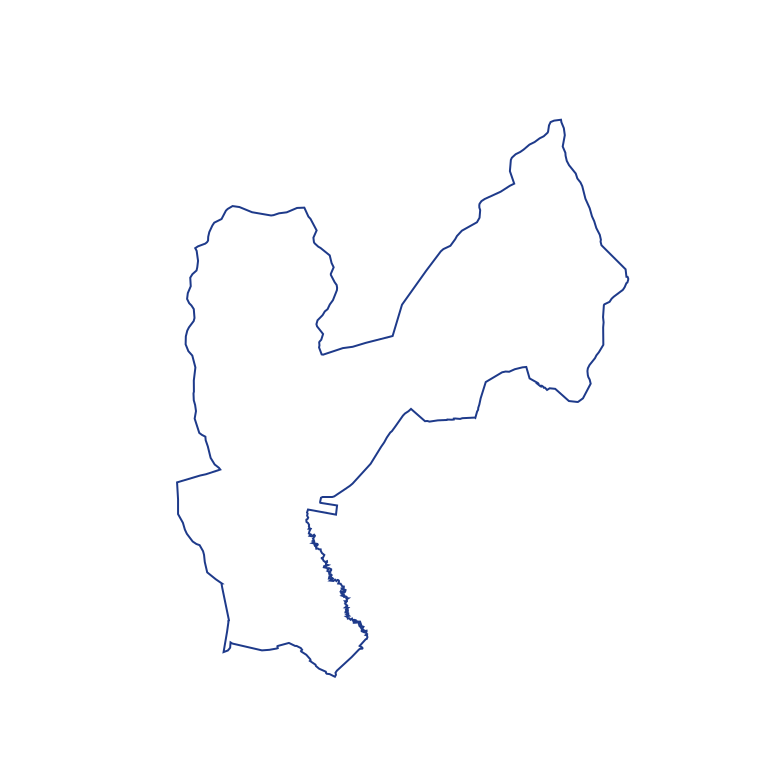 the district of Brestovat, Arad, Romania, rotated 13°
{"feature_id": "2599482B51374026190255", "entity_name": "Brestovat", "entity_type": "district", "adm_level": 2, "iso_a3": "ROU", "parent_name": "Romania", "parent_adm1": "Arad", "projection": "equal_earth", "projection_center": [21.692, 45.902], "detail": "fine", "context": "isolated", "style": "outline", "palette": "blue", "viewbox_px": 768, "rotation_deg": 13, "n_neighbors": 0, "source": "geoboundaries", "source_scale": "gbopen_adm2", "svg_char_len": 6159}
<svg xmlns="http://www.w3.org/2000/svg" viewBox="0 0 768 768"><g transform="rotate(13 384 384)"><path d="M374.1,670.5L380.4,672.9L381.1,674.1L384.8,676.0L392.0,677.4L392.7,678.8L393.4,679.2L396.3,678.9L402.0,680.3L402.6,678.2L401.7,676.2L402.6,673.9L413.9,657.4L419.3,648.4L420.1,647.5L422.4,646.7L422.5,646.2L421.9,645.6L419.2,644.7L423.6,636.8L424.5,636.3L424.8,634.4L424.0,632.8L422.7,632.7L423.7,631.4L422.3,630.5L422.7,629.1L422.5,628.3L420.5,629.1L421.0,630.2L420.8,630.4L417.9,629.9L417.8,629.5L419.4,628.7L419.4,628.2L417.6,628.0L416.9,627.2L418.1,626.8L418.6,625.2L416.8,624.9L415.6,625.9L414.7,625.5L414.2,624.7L415.3,624.4L415.8,623.6L414.1,620.9L413.2,621.1L413.3,622.9L412.9,622.9L412.3,621.5L411.3,621.3L410.6,622.8L409.2,623.2L410.0,621.7L409.6,620.5L409.1,620.5L408.9,621.5L407.8,622.4L407.6,622.0L408.1,620.9L407.8,620.6L406.6,621.2L405.6,619.8L404.4,621.2L402.9,620.1L401.5,620.7L401.0,619.5L399.5,619.0L401.9,617.8L399.5,616.9L401.0,616.3L400.7,615.3L397.8,614.9L397.9,614.1L399.4,614.0L399.9,613.4L399.7,612.6L398.9,612.9L397.8,612.3L399.3,610.2L396.5,610.5L398.0,608.6L398.0,608.1L396.1,607.4L396.0,606.7L395.4,606.3L396.1,605.2L394.9,604.4L396.7,603.8L396.2,602.1L397.3,600.9L395.6,601.2L395.7,600.1L395.2,599.7L393.0,600.5L392.7,600.2L393.1,600.1L393.2,599.1L392.7,598.7L391.6,599.8L390.6,599.7L391.3,599.1L391.6,597.9L389.6,597.8L389.1,596.6L388.4,596.2L388.6,595.5L389.6,595.9L392.4,595.8L392.8,595.2L392.9,593.4L391.8,593.2L391.3,593.9L388.8,593.2L388.7,592.8L390.0,592.7L390.6,591.5L390.4,590.4L388.9,590.6L386.7,588.4L384.3,588.7L384.6,586.9L384.3,585.8L383.6,585.4L382.8,585.4L381.9,586.7L380.4,585.7L379.0,587.3L375.7,587.7L378.0,585.1L377.4,584.7L374.1,585.9L374.1,583.5L375.7,583.2L376.0,582.0L375.1,581.4L373.4,581.4L373.1,580.6L373.7,579.7L372.0,579.2L374.0,578.3L374.4,577.2L374.2,576.4L371.8,575.8L371.4,577.1L370.8,577.5L370.6,576.5L369.9,576.1L366.6,576.1L366.7,574.9L368.5,574.4L370.3,573.0L368.0,573.0L367.8,571.6L368.6,570.3L368.3,569.5L366.7,570.7L364.8,569.8L363.8,568.4L362.6,568.0L362.5,567.5L363.6,567.0L364.3,564.0L361.6,562.7L360.0,560.9L359.5,559.4L357.8,559.7L356.3,559.1L355.1,559.7L354.3,557.9L355.6,555.5L355.1,554.8L354.4,554.8L353.7,556.6L353.0,557.1L352.5,556.4L353.5,555.4L353.3,555.0L350.1,555.1L351.7,553.9L351.5,553.4L349.9,553.0L350.8,552.0L349.6,550.7L350.2,549.5L350.0,548.4L350.7,548.1L350.8,547.4L349.8,546.6L348.1,548.6L345.7,548.7L346.6,547.1L344.4,546.6L344.5,543.9L345.1,541.7L343.2,542.0L343.6,540.6L342.8,539.6L342.7,538.1L341.3,536.6L339.5,535.8L339.0,534.3L338.9,533.6L339.8,532.8L340.2,531.3L338.7,529.6L338.7,527.4L337.9,526.6L338.2,523.4L366.6,522.1L365.6,512.9L348.7,514.1L348.3,513.5L348.2,509.0L349.6,507.9L358.9,505.8L360.8,504.7L373.6,491.0L375.8,488.1L388.9,464.8L395.3,445.9L397.3,440.9L398.8,435.5L401.0,429.9L402.3,428.2L404.9,422.1L409.6,410.5L411.1,408.0L414.0,405.0L415.9,402.2L432.3,411.0L434.5,410.3L436.8,410.4L444.7,407.3L453.4,404.9L453.6,404.4L458.3,403.5L460.0,402.9L459.8,402.0L461.1,401.6L466.0,400.9L468.0,399.7L480.0,396.3L480.6,396.5L480.9,389.9L481.5,387.9L481.2,386.1L481.5,382.6L481.4,376.2L482.7,359.2L496.5,346.0L499.7,344.5L503.2,343.9L508.1,340.2L515.2,336.6L518.8,335.4L524.6,345.8L533.9,348.5L534.1,348.7L533.2,349.2L537.1,351.1L537.7,351.1L537.6,350.3L538.1,350.2L540.1,351.0L540.6,351.7L541.7,351.4L544.2,353.1L546.4,350.9L551.9,350.2L568.0,359.0L576.5,358.0L577.2,357.7L581.1,353.2L585.3,337.2L583.4,333.4L581.6,331.4L580.6,329.5L579.3,325.6L579.1,322.8L580.0,319.2L583.8,311.3L584.5,308.3L586.2,304.8L588.9,296.5L584.8,279.5L584.1,274.5L582.4,269.6L580.5,257.7L580.8,256.8L585.3,253.2L586.6,249.7L588.2,247.3L595.6,238.5L596.7,235.6L597.5,231.2L598.3,230.4L598.5,227.5L598.2,226.2L597.2,224.8L596.1,225.0L593.6,217.9L564.7,199.9L563.0,196.6L562.9,194.7L560.7,190.1L555.8,184.3L552.2,178.1L548.9,173.8L544.9,166.5L538.6,158.2L532.7,146.7L530.1,143.4L526.2,140.3L523.5,135.8L515.1,129.2L511.9,125.5L509.6,120.8L508.7,117.9L504.7,112.4L504.2,100.9L501.7,94.3L498.0,89.1L497.0,86.7L490.5,89.1L487.4,91.3L486.6,94.9L487.1,101.2L486.9,102.3L483.9,106.7L480.4,109.6L476.3,114.4L471.9,118.0L467.3,124.2L464.5,127.3L460.6,130.5L457.7,134.7L457.2,137.1L458.8,148.3L465.8,159.5L462.1,162.5L454.4,170.4L440.6,181.0L437.8,183.9L436.6,186.8L436.6,188.2L437.2,190.6L438.6,192.9L439.7,200.5L438.2,205.5L425.4,217.1L421.8,223.4L420.8,226.9L417.6,234.4L411.5,239.2L409.5,242.0L399.6,264.2L383.7,302.7L381.6,335.3L357.0,348.0L345.1,354.8L335.8,358.3L318.1,369.1L316.6,369.2L312.5,363.0L312.4,360.8L311.5,358.1L311.6,357.3L312.9,355.0L313.4,349.0L305.8,342.9L304.7,340.9L304.9,336.9L308.7,330.7L310.0,326.6L312.2,323.8L313.3,318.7L315.4,313.8L317.0,303.2L316.7,300.9L315.6,298.2L313.0,295.9L307.7,289.7L307.4,288.7L308.7,281.6L305.7,277.9L302.2,270.9L291.5,265.7L289.1,265.0L284.7,262.5L283.8,261.5L282.3,257.3L283.8,249.5L275.2,239.6L272.7,237.9L266.7,230.1L259.7,232.0L250.6,238.6L243.3,241.3L238.4,244.3L236.1,245.2L216.8,246.3L203.3,244.1L196.4,244.7L192.3,248.6L191.0,250.6L188.6,259.8L182.3,265.0L181.1,268.2L179.6,275.3L179.6,280.1L180.3,283.8L179.7,285.6L178.3,287.4L171.8,291.7L169.5,294.1L171.5,296.4L174.4,304.0L175.1,305.8L175.8,312.3L175.8,315.6L172.6,320.1L171.3,324.0L173.7,332.2L172.4,339.6L173.0,345.4L176.0,349.1L178.7,350.8L181.8,353.8L184.5,362.3L184.4,365.5L181.2,372.7L180.3,376.3L180.2,382.2L181.8,390.0L186.0,396.0L190.8,399.4L196.5,410.3L197.9,423.4L200.5,434.2L200.5,436.0L202.3,442.6L204.7,447.0L206.9,452.7L207.3,460.3L215.0,473.2L217.9,474.5L221.8,475.5L222.9,478.9L226.4,484.5L231.7,495.0L237.1,500.5L242.0,502.8L243.7,504.2L230.8,512.0L225.5,514.5L204.5,526.4L209.3,542.8L212.6,557.1L219.3,564.5L222.7,570.6L225.6,574.3L233.0,580.5L237.2,582.1L240.6,582.5L245.3,587.6L247.1,591.0L249.4,597.7L254.1,607.3L264.0,612.1L271.1,614.9L270.6,615.1L272.2,618.9L286.1,649.2L285.6,650.0L285.9,650.3L286.8,660.4L288.0,681.3L291.8,678.8L292.8,676.9L293.4,675.5L292.6,670.3L294.6,671.0L325.0,671.0L332.1,668.8L338.9,665.9L339.9,665.3L339.1,663.5L339.5,663.1L349.6,657.7L356.3,659.2L357.8,658.9L362.3,660.0L364.0,661.4L363.2,662.9L363.6,663.3L369.2,665.3L374.1,668.8L374.6,669.7L374.1,670.5Z" fill="none" stroke="#1e3a8a" stroke-width="2"/></g></svg>